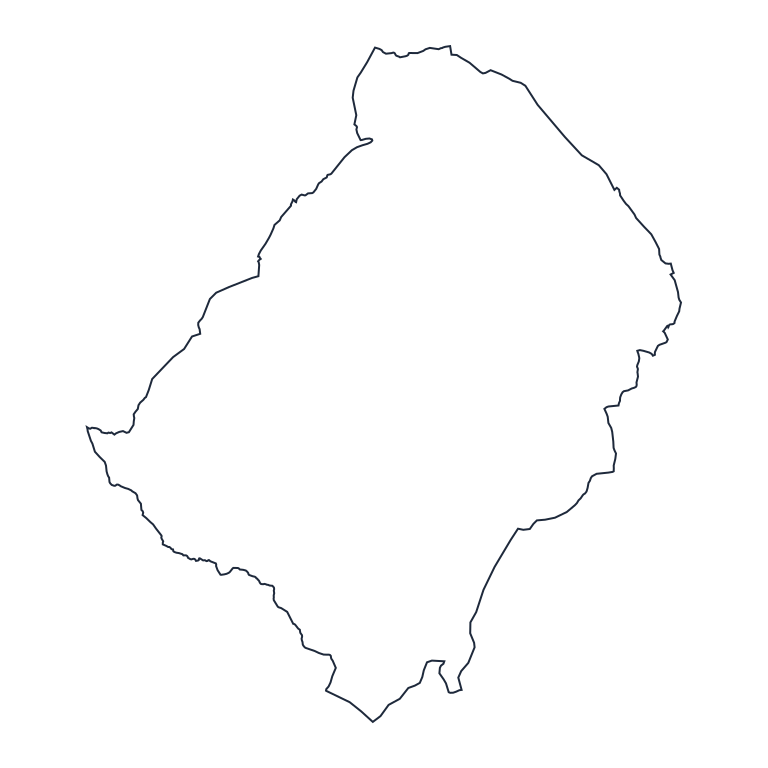 Vama, Suceava, Romania (Albers equal-area conic projection)
{"feature_id": "2599482B26508279018163", "entity_name": "Vama", "entity_type": "district", "adm_level": 2, "iso_a3": "ROU", "parent_name": "Romania", "parent_adm1": "Suceava", "projection": "albers", "projection_center": [25.697, 47.569], "detail": "fine", "context": "isolated", "style": "outline", "palette": "slate", "viewbox_px": 768, "rotation_deg": 0, "n_neighbors": 0, "source": "geoboundaries", "source_scale": "gbopen_adm2", "svg_char_len": 6065}
<svg xmlns="http://www.w3.org/2000/svg" viewBox="0 0 768 768"><path d="M461.6,689.9L458.3,677.6L461.2,671.1L468.3,662.9L474.6,647.3L474.1,642.8L470.2,633.3L470.4,622.4L476.2,612.1L483.5,589.8L494.6,566.9L510.7,539.9L518.0,528.7L523.3,529.8L529.8,529.0L533.4,523.9L536.9,520.4L545.1,519.7L555.0,517.7L566.8,512.0L575.0,505.1L576.9,503.1L578.5,500.4L580.6,498.4L582.7,495.3L583.5,494.4L585.0,493.5L586.4,491.7L586.7,491.0L587.6,487.9L588.5,482.9L589.9,480.8L590.8,478.1L592.0,476.3L596.6,473.8L608.4,472.6L612.6,471.9L613.7,471.3L613.8,468.3L613.7,465.5L615.3,458.9L616.0,453.5L614.5,450.4L613.6,447.9L613.3,441.6L612.2,431.8L611.2,427.9L608.4,423.0L607.7,416.7L606.6,413.7L604.4,408.9L606.5,407.2L608.4,406.5L618.5,405.5L618.9,403.3L620.0,400.8L620.0,399.3L620.2,397.3L621.3,394.4L622.6,392.2L623.9,391.2L628.1,390.4L631.7,388.5L634.1,387.8L635.8,387.0L636.4,386.2L636.7,384.9L636.5,382.4L638.0,376.6L637.6,373.2L637.4,372.3L637.9,369.1L637.7,368.3L637.0,366.7L637.3,365.1L638.8,361.5L639.3,358.3L639.2,357.5L638.3,353.6L637.7,352.2L637.3,350.8L639.9,350.1L643.4,350.8L649.2,352.5L651.2,353.6L652.0,354.3L652.9,355.7L654.9,354.8L654.8,353.2L655.0,351.9L657.9,345.9L659.5,344.8L665.5,342.7L666.5,342.1L667.8,339.5L664.7,332.8L663.2,331.3L663.6,331.0L667.2,326.0L667.6,325.8L668.0,326.2L668.3,327.2L668.6,326.7L668.7,325.8L669.5,324.7L670.2,324.4L672.4,324.2L673.4,323.9L674.5,323.0L674.6,321.5L676.9,316.0L679.2,311.3L679.5,308.7L681.0,302.5L679.3,299.8L678.6,297.5L678.0,292.1L674.7,280.2L670.6,274.5L673.7,272.9L672.5,270.2L670.8,263.6L668.7,263.8L665.5,263.4L661.3,260.0L660.5,257.6L660.3,256.5L659.4,254.6L659.1,249.0L655.6,242.1L651.3,234.3L644.0,226.7L636.1,218.0L634.5,214.5L628.4,206.1L626.0,203.9L623.6,200.7L620.1,195.4L620.0,193.6L619.3,191.3L619.1,189.7L616.8,187.8L614.4,189.9L606.5,174.2L598.8,165.2L581.8,155.3L564.8,136.9L537.6,104.8L525.4,85.8L520.7,82.8L512.5,80.8L509.4,78.8L501.5,74.5L490.6,70.2L485.5,72.9L482.9,73.4L480.4,72.0L469.5,62.7L461.2,57.9L456.8,55.0L451.5,54.7L450.1,46.1L445.3,46.8L443.0,47.5L442.2,48.0L440.8,48.2L438.7,49.2L429.8,47.9L425.5,49.3L423.3,50.9L417.5,53.1L409.4,53.0L408.8,53.2L408.3,54.8L407.3,55.6L405.7,56.2L400.0,57.3L399.1,56.7L396.3,55.7L395.5,54.7L394.8,53.3L393.9,52.7L393.2,52.6L391.6,53.1L386.0,53.7L383.0,52.1L381.6,50.1L379.4,48.9L375.0,47.6L367.2,62.1L360.7,72.7L357.4,77.4L353.5,90.7L352.7,97.7L356.3,115.2L354.4,124.4L356.4,126.0L357.0,127.1L356.4,129.5L357.2,133.1L360.6,140.1L361.8,140.0L365.9,138.8L369.5,138.5L372.0,139.4L372.3,140.6L370.7,142.3L367.5,143.8L362.6,145.2L357.0,147.2L351.9,150.2L344.5,157.2L331.3,173.7L330.3,174.3L327.6,174.9L327.2,175.6L326.9,177.0L326.6,177.5L323.3,179.2L321.6,181.5L319.0,183.2L318.2,184.4L316.2,188.9L313.4,192.4L312.2,193.1L308.0,193.4L305.5,195.3L304.7,195.4L301.6,194.6L299.6,195.7L296.7,199.3L296.1,202.2L295.6,202.0L293.8,200.0L292.9,199.5L292.5,201.3L290.9,204.5L291.0,205.7L281.2,217.0L279.7,220.4L274.5,224.9L273.4,228.4L270.6,234.7L269.0,237.8L265.5,243.8L260.8,250.5L258.9,254.1L258.1,256.5L259.4,256.8L259.6,257.5L260.7,258.9L259.4,259.8L258.1,261.3L258.7,262.2L259.2,265.0L258.4,276.2L252.2,277.9L229.1,287.0L216.2,292.7L209.9,299.0L202.8,317.1L201.6,318.9L200.1,320.4L198.3,322.7L198.2,325.0L198.8,327.4L199.6,329.1L200.2,333.8L192.0,336.5L184.1,349.0L173.1,357.1L152.2,379.0L148.7,390.2L146.0,397.1L144.8,397.9L143.3,399.9L140.2,402.6L138.5,405.2L137.8,409.0L135.5,411.7L133.7,414.3L133.9,416.4L134.3,418.0L133.8,421.2L133.5,424.9L128.9,432.2L126.5,432.8L123.0,431.1L119.3,431.9L116.1,433.3L114.4,434.6L111.5,432.4L110.2,433.0L108.4,432.6L107.4,433.3L104.6,433.0L101.6,432.3L100.7,430.5L98.5,429.1L96.8,428.4L94.6,428.0L94.2,428.2L92.9,427.8L91.7,427.8L90.4,428.7L89.6,428.6L88.6,428.2L87.0,427.2L87.5,429.2L87.7,431.1L90.9,440.8L92.4,443.6L94.9,451.7L99.6,456.9L104.7,461.9L106.0,465.6L106.6,471.4L107.4,474.3L108.2,476.3L109.1,477.6L109.5,482.0L110.2,483.3L111.7,484.9L114.2,485.8L115.3,485.7L116.8,484.6L118.0,484.6L119.5,485.3L120.7,486.2L125.0,488.0L128.2,488.9L131.3,490.4L132.2,491.3L135.5,493.2L137.1,495.4L137.5,498.4L138.0,500.1L140.9,503.7L141.4,509.9L142.7,511.2L143.2,512.7L142.6,515.1L146.3,518.1L150.4,522.1L153.1,524.4L156.1,528.7L161.5,535.6L161.6,536.6L161.3,537.4L161.6,538.6L163.2,541.3L162.8,542.6L162.8,544.4L166.5,546.0L167.6,546.7L168.3,547.0L169.4,547.0L170.5,547.8L171.3,548.9L172.0,549.3L173.0,549.4L173.4,551.3L174.4,552.0L176.4,552.7L179.0,553.1L182.4,554.2L183.4,555.4L185.3,555.3L186.4,555.5L187.1,556.0L187.7,556.8L187.9,557.7L190.2,559.1L191.3,559.4L193.3,558.8L194.4,558.9L195.2,559.5L196.0,560.9L198.1,560.5L198.6,560.2L198.9,559.8L199.0,558.8L199.2,558.4L199.8,558.3L203.1,560.4L204.9,560.2L206.4,561.1L207.6,560.9L208.4,560.1L209.0,560.1L210.4,561.3L215.8,563.4L216.2,564.4L216.1,566.1L217.6,570.2L220.5,574.7L221.3,574.8L224.1,574.4L226.6,573.8L228.8,572.8L229.9,571.9L232.5,568.6L233.3,567.9L237.9,568.0L238.9,568.5L239.8,569.5L243.1,569.8L245.8,570.5L247.2,571.7L248.2,573.0L248.5,574.2L249.0,574.9L252.5,576.2L254.7,576.7L255.6,577.2L256.4,578.3L257.3,578.7L257.6,579.4L258.7,580.4L259.2,581.1L259.8,582.6L260.7,583.8L261.6,584.1L263.3,584.2L264.3,583.9L265.7,584.2L266.8,584.7L268.3,584.9L269.5,585.5L272.4,585.8L273.9,587.5L274.1,588.5L274.1,589.5L273.8,590.6L274.2,593.2L273.7,595.4L273.8,597.7L273.6,598.5L273.8,600.2L277.8,606.7L278.7,607.3L281.2,608.1L287.2,611.9L293.2,623.8L293.9,623.9L295.1,624.6L298.2,628.6L299.8,629.7L300.3,632.8L302.0,635.2L302.1,636.7L301.6,638.7L301.9,640.4L302.5,642.0L302.8,644.6L303.4,645.7L304.8,647.4L305.9,648.0L314.7,651.0L318.9,653.0L323.7,654.6L329.1,654.7L330.0,655.0L330.8,655.9L331.1,658.0L331.3,658.7L332.7,660.7L335.8,667.9L332.3,676.2L330.5,682.5L328.6,686.5L326.3,689.1L326.0,690.7L326.1,690.8L349.7,702.2L361.1,711.3L372.8,721.9L380.5,716.1L388.6,704.9L399.8,698.8L408.3,688.0L414.9,685.6L419.8,682.9L422.3,677.0L423.8,670.3L427.0,662.3L431.9,660.6L444.3,661.3L443.4,663.8L441.0,665.6L439.9,667.8L439.4,673.3L443.6,679.3L446.0,683.4L448.7,692.2L450.2,692.8L453.2,692.7L456.1,691.7L459.4,690.2L461.6,689.9Z" fill="none" stroke="#1e293b" stroke-width="2"/></svg>